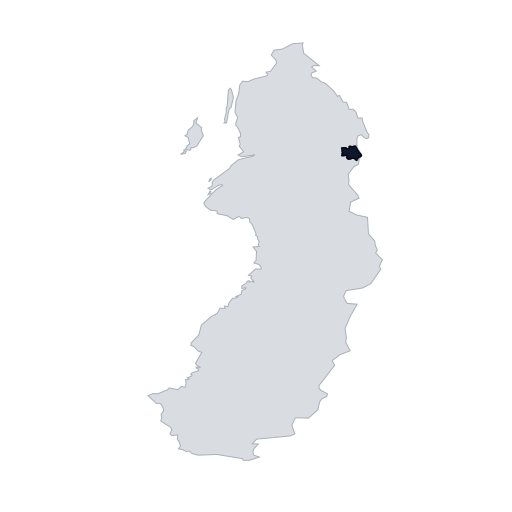 Årjäng, Värmland, Sweden (highlighted), rotated 165°
{"feature_id": "70781695B60576309350500", "entity_name": "Årjäng", "entity_type": "district", "adm_level": 2, "iso_a3": "SWE", "parent_name": "Sweden", "parent_adm1": "Värmland", "projection": "natural_earth1", "projection_center": [12.122, 59.449], "detail": "fine", "context": "in_parent", "style": "filled", "palette": "ink", "viewbox_px": 512, "rotation_deg": 165, "n_neighbors": 0, "source": "geoboundaries", "source_scale": "gbopen_adm2", "svg_char_len": 4950}
<svg xmlns="http://www.w3.org/2000/svg" viewBox="0 0 512 512"><g transform="rotate(165 256 256)"><path d="M120.9,342.3L122.8,346.0L126.7,345.5L128.3,342.8L130.3,334.9L127.6,326.1L131.1,323.0L133.3,318.2L138.7,316.7L145.8,311.1L146.5,305.3L148.1,301.1L141.9,288.3L141.5,285.2L150.7,283.5L154.5,275.1L148.2,269.6L138.3,264.5L141.6,248.3L137.4,239.6L138.0,235.9L137.3,230.2L139.7,227.9L134.9,219.7L139.6,214.0L138.8,211.0L152.3,199.6L161.2,197.5L177.8,199.2L181.7,194.7L181.8,192.3L180.2,186.6L170.8,183.3L180.8,173.0L188.6,163.1L189.9,153.5L191.7,149.4L189.6,140.1L200.2,139.0L209.6,135.2L208.2,130.1L228.7,114.5L229.3,111.7L227.7,109.1L222.6,104.3L223.9,102.1L229.5,100.9L232.1,98.8L236.1,91.5L247.3,85.8L260.0,89.6L265.2,83.1L264.5,74.2L269.0,73.3L302.7,78.9L308.2,75.6L302.5,73.8L307.9,70.3L309.5,68.1L309.9,65.5L309.6,64.1L304.8,60.9L315.4,60.4L321.2,62.0L321.8,63.9L345.1,74.4L363.4,78.6L368.8,81.6L370.8,84.9L373.7,85.0L377.2,88.1L380.8,89.8L378.1,92.0L378.4,96.9L379.5,99.1L378.0,103.4L384.0,104.4L385.1,107.0L382.1,109.6L382.7,112.5L390.7,121.2L389.0,124.1L388.6,127.7L385.3,130.3L385.0,133.1L385.8,136.7L387.0,138.4L390.5,139.5L396.5,149.1L390.9,149.7L386.5,148.4L376.5,149.6L374.0,151.0L366.1,147.2L361.8,149.4L358.7,147.5L356.5,150.6L356.0,154.8L352.4,154.5L353.8,156.1L348.9,156.7L348.6,157.3L349.7,158.4L348.3,159.7L341.5,160.1L340.7,161.5L342.7,163.2L342.7,164.2L338.3,162.7L341.4,165.7L342.2,168.0L333.3,176.9L336.5,179.2L339.3,184.3L342.1,186.6L341.1,188.9L331.7,194.6L326.6,203.4L314.7,209.2L308.4,210.6L304.4,214.8L299.5,213.5L299.4,215.9L296.3,214.4L293.9,218.1L289.6,221.2L284.8,220.6L284.2,221.2L285.7,222.1L280.2,222.9L278.7,226.1L274.6,227.0L274.0,228.1L278.1,228.3L277.4,230.9L272.7,232.2L271.0,233.9L268.9,233.9L269.3,232.6L266.2,232.7L265.1,231.2L264.5,231.6L266.8,235.9L265.3,237.6L268.3,239.3L259.8,243.6L254.5,242.0L253.9,243.3L255.1,246.9L259.8,249.8L257.1,251.7L254.3,260.3L256.5,265.5L250.5,264.4L251.0,266.3L249.2,268.7L250.0,272.0L249.5,274.2L251.0,276.2L250.2,277.2L251.3,286.6L253.2,290.7L252.6,293.9L255.1,295.6L260.4,296.0L262.0,298.7L268.6,297.1L273.4,302.4L282.4,306.8L282.1,309.7L287.8,311.9L291.3,315.9L292.7,319.2L292.3,321.2L283.7,326.8L277.0,330.6L270.0,332.8L270.4,333.7L273.8,334.1L282.3,331.4L284.8,333.8L280.3,334.9L279.4,338.1L277.5,340.2L258.9,347.5L256.5,349.8L248.2,353.5L233.1,353.2L230.8,354.0L244.0,355.5L247.1,358.2L241.0,359.9L243.8,366.4L242.3,368.0L242.3,375.1L240.1,375.3L239.2,378.2L240.5,385.4L241.7,387.4L241.2,389.5L237.8,394.4L239.1,400.3L235.2,410.9L230.8,417.1L227.4,425.4L223.5,428.3L218.9,426.5L211.9,427.5L199.3,427.2L197.7,428.0L198.7,431.0L194.2,430.6L186.3,437.0L186.0,440.1L189.3,446.1L185.4,450.1L176.9,449.1L165.6,451.6L155.4,449.6L156.7,447.5L157.4,439.5L145.7,423.4L151.1,425.0L153.4,424.2L150.0,418.9L154.6,418.5L156.1,416.7L155.2,413.6L151.4,412.3L148.0,407.5L144.5,405.0L138.3,395.5L136.0,389.0L133.9,389.7L132.0,382.2L128.7,381.0L128.0,373.5L124.5,372.7L122.2,369.2L121.8,362.7L117.7,361.9L118.2,358.7L116.8,347.3L115.5,343.7L116.6,341.1L118.8,340.8L120.9,342.3ZM297.0,377.5L295.1,378.3L294.1,380.3L291.1,381.4L290.8,388.0L293.6,390.5L290.8,391.6L289.0,395.1L283.9,397.4L281.9,399.7L281.0,402.9L276.6,404.6L279.6,399.8L275.3,394.2L276.3,392.2L275.7,385.8L284.6,377.7L288.8,376.7L290.7,377.6L291.5,375.7L292.8,375.2L297.0,377.5ZM239.7,423.4L237.5,424.8L236.7,422.8L236.8,415.1L241.6,405.9L243.8,405.2L249.7,392.9L250.4,392.1L252.5,392.8L251.0,394.0L251.1,396.1L247.4,402.7L246.4,407.0L245.1,408.1L239.7,423.4ZM298.7,375.0L298.4,376.8L296.0,375.3L298.1,373.3L302.7,373.8L298.7,375.0ZM286.4,327.7L283.6,330.6L283.0,329.4L283.6,328.0L286.4,327.7ZM280.6,342.5L279.1,342.7L280.1,340.7L282.1,340.3L280.6,342.5Z" fill="#d9dde1" stroke="#a8b0b8" stroke-width="1"/><path d="M145.3,338.1L145.4,337.5L145.3,336.6L145.8,335.1L145.8,333.4L146.2,332.9L146.5,332.5L146.3,332.2L145.8,331.8L146.7,331.5L146.9,331.3L147.1,331.1L147.1,330.7L146.6,330.4L146.0,330.3L144.9,330.1L143.7,330.0L141.9,330.1L141.7,329.7L142.2,329.1L142.7,328.1L143.0,327.7L142.8,327.0L142.5,326.6L142.1,326.3L142.1,325.9L141.9,325.6L141.5,325.5L140.6,325.5L140.0,325.2L139.2,325.2L138.7,325.5L138.0,325.6L137.4,325.4L136.7,325.1L135.8,324.8L135.4,324.4L135.2,323.9L135.0,323.4L134.5,322.7L134.2,322.4L133.8,322.4L133.8,322.5L133.6,323.1L133.4,323.3L132.9,323.4L132.4,323.6L132.1,324.1L131.8,324.5L131.3,324.7L130.3,324.7L129.8,324.9L128.8,325.2L128.3,325.5L128.1,326.2L128.3,326.7L128.6,327.5L128.7,328.1L129.2,328.5L129.6,329.1L129.7,329.4L129.7,330.2L129.9,330.6L130.1,331.4L130.7,332.3L130.6,332.9L130.8,333.9L131.1,334.8L131.3,335.4L131.3,336.2L131.3,336.3L131.9,336.5L132.6,336.7L133.6,336.7L134.0,336.3L134.7,336.4L135.3,336.9L136.1,337.3L136.8,337.8L137.7,337.6L137.9,336.9L137.6,336.1L138.0,335.8L138.6,336.0L139.6,336.0L140.3,335.7L140.7,335.8L140.8,336.4L141.0,337.1L141.4,337.4L142.2,337.5L142.6,337.7L143.8,338.0L144.2,338.0L145.3,338.1Z" fill="#0f172a" stroke="#020617" stroke-width="1.5"/></g></svg>